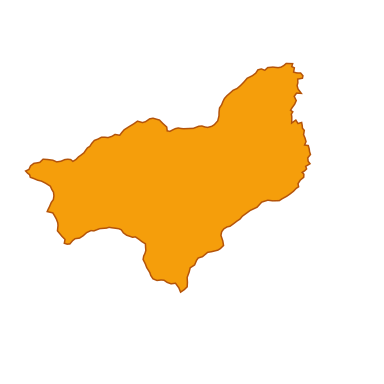 Nhandeara, São Paulo, Brazil, rotated 68°
{"feature_id": "56859067B33597746577156", "entity_name": "Nhandeara", "entity_type": "district", "adm_level": 2, "iso_a3": "BRA", "parent_name": "Brazil", "parent_adm1": "São Paulo", "projection": "albers", "projection_center": [-50.052, -20.672], "detail": "fine", "context": "isolated", "style": "filled", "palette": "amber", "viewbox_px": 384, "rotation_deg": 68, "n_neighbors": 0, "source": "geoboundaries", "source_scale": "gbopen_adm2", "svg_char_len": 2997}
<svg xmlns="http://www.w3.org/2000/svg" viewBox="0 0 384 384"><g transform="rotate(68 192 192)"><path d="M115.2,277.5L116.3,281.4L116.9,284.0L118.4,287.4L119.0,291.0L116.5,292.3L115.1,294.9L114.3,297.8L114.4,301.9L113.4,306.2L110.4,309.1L107.8,313.7L105.8,317.8L107.5,322.0L106.9,324.9L106.2,327.9L107.3,331.9L110.0,334.7L110.2,338.4L112.9,337.4L115.1,336.1L117.8,336.4L120.2,333.7L123.2,330.7L125.5,327.5L129.1,324.4L133.5,321.2L137.2,321.0L140.3,320.5L143.9,321.5L147.1,323.4L149.0,326.4L152.1,329.5L154.1,331.8L155.9,333.6L159.2,328.9L162.2,328.4L166.2,327.9L170.3,328.0L172.9,328.8L177.6,331.3L184.3,329.2L188.4,327.5L191.7,329.6L193.6,327.3L194.4,324.7L192.4,321.0L191.5,317.9L192.6,313.5L191.8,309.3L190.2,304.9L189.9,300.2L191.3,297.5L191.4,291.3L193.4,284.9L193.7,282.1L195.1,279.8L196.6,277.1L198.7,273.5L200.6,271.7L204.2,270.9L207.6,268.8L209.9,266.1L211.7,264.1L212.4,261.3L216.0,258.9L219.3,257.0L222.6,254.6L226.0,255.8L228.9,256.7L231.3,258.6L233.3,260.8L236.2,262.6L241.3,262.2L245.1,262.3L250.8,261.3L254.0,261.5L257.9,260.7L260.9,257.6L262.0,253.6L263.3,251.0L266.5,248.9L269.3,245.8L270.4,241.5L275.9,240.1L280.6,240.1L279.6,235.6L278.1,232.0L274.1,230.1L269.4,228.5L265.1,224.6L261.6,222.1L260.6,216.9L257.0,213.3L255.5,210.9L255.9,206.5L253.8,200.1L254.7,196.1L255.6,189.8L255.1,186.9L253.4,182.8L249.0,181.8L243.0,181.4L239.9,179.3L238.1,176.3L237.5,172.5L238.0,169.6L237.0,165.5L235.8,161.2L235.1,157.7L233.3,154.4L231.8,148.5L230.9,145.0L230.5,137.4L227.5,131.2L227.7,128.3L228.0,124.8L230.4,120.5L231.8,116.8L232.7,114.3L232.0,110.8L231.4,105.6L230.5,101.7L229.3,97.6L227.7,94.1L227.1,91.2L224.0,90.6L221.5,87.1L220.2,82.9L217.4,81.6L215.1,82.5L214.6,79.7L213.5,77.1L210.8,77.0L210.0,72.0L207.0,72.8L203.7,71.9L201.6,68.1L198.7,67.9L196.0,67.2L192.5,66.8L190.6,70.0L188.0,67.4L184.3,67.0L180.7,67.1L176.9,64.8L174.3,65.7L171.6,64.9L168.6,64.3L168.2,68.1L164.2,68.8L165.4,73.8L162.1,72.3L159.6,71.3L157.0,70.7L155.4,68.5L153.1,70.0L151.4,67.7L149.1,64.0L146.3,61.1L141.6,61.4L139.5,58.0L141.5,53.7L136.2,55.1L132.7,54.7L130.5,53.0L126.9,51.7L127.9,47.0L125.8,45.6L122.4,46.7L120.9,50.2L118.9,52.9L115.2,50.6L113.1,52.5L110.7,50.6L109.2,54.0L108.1,56.5L109.1,59.4L109.6,62.7L109.0,65.5L106.5,70.2L105.0,75.2L106.4,78.9L103.9,81.6L103.4,85.1L105.7,88.4L106.8,92.5L107.2,98.2L109.6,102.9L111.4,107.0L112.9,111.3L113.1,115.8L114.5,119.7L115.8,123.5L117.4,126.8L119.6,129.3L122.3,131.9L124.4,135.0L127.9,136.9L131.6,138.5L135.7,141.5L137.9,146.0L138.5,149.0L138.0,153.3L136.6,155.6L134.5,158.1L133.6,161.0L133.5,166.9L132.4,169.9L130.2,176.1L129.0,178.4L127.5,180.8L127.0,183.7L127.2,187.0L127.5,189.8L126.0,192.1L122.3,191.1L117.5,193.4L113.1,195.2L109.0,200.5L108.3,203.8L109.4,208.7L109.1,211.9L105.9,216.0L107.0,220.6L107.8,225.7L108.9,231.6L110.5,234.7L112.3,237.8L109.8,241.8L110.4,245.2L110.1,249.5L108.6,252.2L107.3,255.5L107.7,259.3L107.6,263.2L109.3,266.6L111.4,269.6L111.9,272.4L113.5,275.0L115.2,277.5Z" fill="#f59e0b" stroke="#b45309" stroke-width="1.5"/></g></svg>